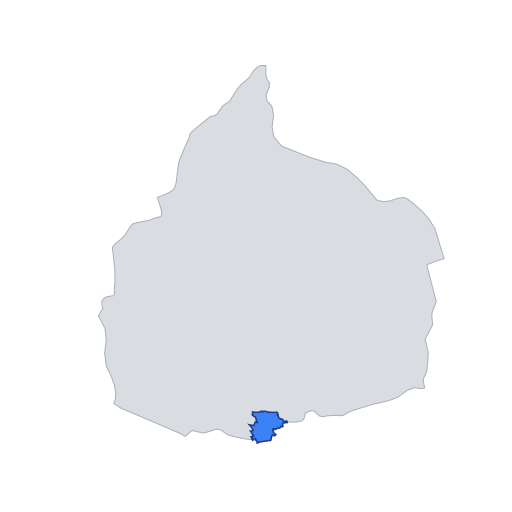 location of Chimanimani, Manicaland, Zimbabwe, rotated 73°
{"feature_id": "62879985B88663690016764", "entity_name": "Chimanimani", "entity_type": "district", "adm_level": 2, "iso_a3": "ZWE", "parent_name": "Zimbabwe", "parent_adm1": "Manicaland", "projection": "robinson", "projection_center": [32.597, -19.741], "detail": "fine", "context": "in_parent", "style": "filled", "palette": "blue", "viewbox_px": 512, "rotation_deg": 73, "n_neighbors": 0, "source": "geoboundaries", "source_scale": "gbopen_adm2", "svg_char_len": 6442}
<svg xmlns="http://www.w3.org/2000/svg" viewBox="0 0 512 512"><g transform="rotate(73 256 256)"><path d="M355.5,435.1L351.3,432.1L345.7,430.1L338.4,429.2L329.1,429.6L317.6,431.3L305.2,429.3L292.0,423.6L281.0,421.6L268.0,424.0L267.4,424.1L265.1,422.2L261.5,418.0L255.5,417.3L253.9,416.3L252.6,414.8L251.7,412.8L251.3,410.6L252.3,403.8L251.7,403.1L250.1,402.2L246.8,401.4L239.0,398.3L229.0,395.3L213.0,392.1L206.7,391.2L205.3,390.2L203.4,387.7L200.3,379.9L197.3,374.7L190.4,366.7L189.2,364.2L189.5,357.9L190.0,352.8L190.7,348.4L190.3,344.4L190.2,339.3L190.4,335.9L189.5,334.5L186.9,333.4L179.8,333.0L171.1,333.2L170.8,328.1L169.9,320.1L168.3,315.5L166.2,313.2L162.2,310.7L154.2,307.3L143.2,302.1L133.7,294.5L122.9,285.0L119.5,283.3L115.5,274.4L109.3,259.1L109.6,254.0L108.7,251.6L102.8,244.0L101.4,240.1L100.4,236.2L90.9,225.2L87.7,220.4L85.2,214.3L82.7,209.3L80.7,207.3L78.0,204.0L76.1,200.2L75.2,197.3L75.9,193.5L76.7,190.9L85.7,193.6L90.5,193.8L94.3,192.5L99.1,194.3L104.7,199.2L110.8,200.2L117.4,197.1L126.4,198.0L137.7,203.0L147.0,204.0L158.1,199.6L168.0,187.4L177.2,175.9L186.3,162.7L191.8,152.0L199.8,143.3L210.5,136.6L221.4,130.9L238.0,124.0L241.3,118.3L242.4,112.0L242.3,103.3L243.2,97.7L244.9,95.1L247.7,93.1L251.2,90.5L262.2,83.9L271.4,79.7L282.6,76.9L294.9,76.9L306.8,76.9L313.5,76.9L313.6,85.2L314.2,94.6L315.5,95.5L324.4,95.7L338.7,96.4L352.4,97.0L361.2,103.9L364.2,105.3L373.3,107.1L385.0,118.5L399.1,119.6L408.7,123.1L417.2,127.0L422.1,131.7L425.3,132.8L429.6,133.1L431.6,133.5L431.2,136.9L428.3,142.6L428.7,150.8L432.6,162.1L433.1,172.0L431.9,189.4L432.0,206.2L432.4,212.2L433.0,216.2L433.8,218.4L433.7,220.9L431.3,227.9L429.5,235.3L429.4,238.3L428.7,240.4L427.3,242.3L421.2,245.7L420.1,247.8L420.2,251.7L420.9,254.9L423.2,256.1L426.0,257.9L427.1,260.3L427.1,262.9L426.2,267.6L423.7,275.4L426.2,284.4L428.9,290.2L432.7,297.0L434.3,301.1L434.2,304.1L433.6,307.0L428.0,319.3L423.9,327.0L418.9,335.2L412.3,340.3L410.6,342.8L409.9,345.6L410.2,351.8L409.9,358.2L404.2,368.1L407.7,376.6L407.0,377.4L405.1,378.6L397.0,388.1L388.8,397.8L382.8,404.9L376.0,413.0L368.4,422.0L362.0,429.7L355.5,435.1Z" fill="#d9dde1" stroke="#a8b0b8" stroke-width="1"/><path d="M404.0,304.7L404.0,304.8L404.5,304.6L404.8,304.7L404.9,304.8L405.0,304.9L405.2,305.0L405.3,305.1L405.5,305.3L405.7,305.5L405.8,305.6L406.0,305.8L406.3,305.9L406.5,305.8L406.8,306.0L406.9,305.9L407.0,305.9L407.1,305.7L407.3,305.8L407.4,305.7L407.5,305.5L407.6,305.4L407.8,305.5L408.1,305.3L408.3,305.2L409.0,304.5L409.2,304.4L409.3,304.2L409.5,304.0L409.7,303.9L409.8,303.9L410.3,303.5L410.6,303.5L411.0,303.5L411.3,303.7L411.5,303.8L411.8,303.7L412.1,303.6L412.3,303.5L412.4,303.4L412.5,303.4L412.8,303.5L413.0,303.6L413.3,303.8L413.5,303.8L413.9,303.9L414.2,303.9L414.3,303.9L414.4,303.7L414.5,303.7L414.6,303.4L414.8,303.2L415.0,303.2L415.1,303.3L415.4,303.4L415.6,303.4L414.9,304.6L414.6,305.1L415.4,305.9L415.7,306.2L417.5,307.8L416.6,309.4L415.7,311.3L415.4,311.8L417.1,311.0L418.9,310.2L420.2,310.0L420.7,309.9L421.6,309.7L421.6,309.8L421.5,310.0L421.8,310.1L421.8,310.3L422.0,310.4L422.0,310.6L422.0,310.8L422.1,311.7L421.9,312.5L422.3,312.3L424.4,311.8L427.0,310.8L427.3,310.8L427.5,310.8L427.6,311.0L427.7,311.3L427.7,311.5L427.5,311.8L427.3,311.9L427.3,312.0L427.2,312.1L427.4,313.7L428.0,313.3L428.6,312.7L429.0,312.6L429.1,313.5L429.8,313.6L430.4,313.0L430.5,313.0L431.2,313.0L431.1,312.8L430.2,310.5L430.3,310.1L430.5,310.0L430.6,309.9L430.8,309.9L431.0,309.9L431.4,309.9L431.6,309.9L431.8,309.7L432.2,309.8L432.3,309.9L432.5,309.8L432.8,309.8L433.0,309.7L433.3,309.4L433.5,309.2L433.8,309.3L433.9,309.2L434.1,309.2L434.2,309.3L434.4,309.4L434.6,309.5L434.8,309.5L435.0,309.5L435.3,309.6L435.3,309.3L435.3,309.1L435.2,309.0L435.2,308.9L435.1,308.7L435.2,308.4L435.1,308.2L435.1,307.7L435.0,307.3L435.1,305.5L435.5,303.1L435.8,300.9L436.2,299.5L436.1,297.7L436.8,295.9L434.6,294.4L434.3,294.6L434.1,294.3L433.2,294.0L432.8,293.4L432.5,293.4L432.1,292.9L431.9,292.8L431.9,292.5L433.3,291.3L433.3,290.8L433.2,290.5L432.8,289.2L432.0,289.5L431.0,290.4L430.4,290.6L430.1,290.6L429.9,290.8L429.7,290.9L429.2,291.0L428.6,291.0L428.3,290.7L427.6,290.8L427.2,291.0L426.7,290.8L426.6,290.7L426.2,290.3L426.2,290.2L426.6,289.6L426.9,289.4L426.8,288.4L427.2,288.1L427.4,287.5L427.1,287.2L426.9,286.9L427.1,286.6L427.1,286.1L427.2,285.8L427.2,285.2L427.5,283.6L427.1,283.4L427.0,282.8L426.9,282.8L426.6,281.9L426.8,281.2L426.7,281.2L426.8,281.1L426.8,280.8L426.9,280.0L424.5,280.0L424.5,279.9L423.7,279.0L423.8,277.7L423.8,277.1L423.8,276.9L423.7,276.5L424.0,276.0L424.3,275.7L424.2,275.6L424.3,275.5L424.4,275.3L424.2,275.2L424.2,274.7L423.7,274.6L422.6,275.1L422.6,275.3L422.7,275.6L422.7,276.0L422.8,276.2L422.8,276.5L422.6,276.8L422.5,277.0L421.5,277.9L420.1,278.3L419.9,278.4L419.8,278.5L419.7,278.6L419.7,278.9L419.6,279.0L419.4,279.1L419.4,279.3L419.5,279.3L419.4,279.4L419.4,279.6L419.3,279.8L419.3,280.0L419.1,280.0L418.9,280.2L418.8,280.3L418.7,280.2L418.6,280.3L418.4,280.6L418.3,280.8L418.1,281.0L417.9,281.2L417.6,281.3L417.4,281.5L416.9,281.5L416.6,281.5L416.3,281.4L416.0,281.5L415.8,281.6L415.6,281.7L415.1,281.7L415.0,281.8L415.0,281.6L414.8,281.4L414.6,281.3L414.1,281.3L413.9,281.2L413.8,281.3L413.7,281.4L413.6,281.5L413.4,281.5L413.3,281.4L413.2,281.2L412.7,281.2L412.4,281.3L412.2,281.3L412.2,281.5L411.8,281.6L411.6,281.7L411.4,281.9L411.3,282.0L411.3,282.3L411.2,283.1L411.0,284.0L410.9,284.1L410.9,284.3L410.8,284.6L410.7,284.8L410.5,285.1L410.5,285.7L410.4,285.8L410.3,286.2L410.2,286.6L409.9,286.9L409.9,287.0L409.8,287.9L409.7,288.0L409.4,288.3L409.3,288.5L409.4,288.9L409.4,289.0L409.2,289.1L409.0,289.4L409.0,289.8L408.9,289.9L408.9,290.0L409.0,290.1L409.0,290.3L409.0,290.5L408.9,290.6L408.4,290.9L408.2,290.9L408.0,291.0L407.9,291.1L407.9,291.3L407.8,291.5L407.8,291.9L407.7,292.0L407.5,292.3L407.2,292.7L407.1,292.8L406.9,293.0L406.8,293.5L406.8,293.8L406.7,293.9L406.7,294.0L406.8,294.1L406.9,294.3L407.1,294.5L407.0,294.8L407.0,295.0L406.9,295.1L406.8,295.4L406.8,295.5L406.7,295.7L406.4,295.6L406.0,295.7L405.9,295.8L405.9,296.0L406.0,296.2L406.1,296.3L406.2,296.6L406.1,296.8L406.2,297.0L406.2,297.3L406.1,297.5L406.1,297.8L406.1,298.1L406.1,298.4L406.0,298.8L406.1,299.2L406.1,299.5L406.0,300.1L405.9,300.3L405.8,300.5L405.7,300.9L405.7,301.2L405.3,302.0L405.2,302.2L405.2,302.3L405.1,302.7L405.0,302.8L404.9,303.1L404.8,303.5L404.8,303.9L404.7,304.0L404.3,304.4L404.0,304.7Z" fill="#3b82f6" stroke="#1e3a8a" stroke-width="1.5"/></g></svg>